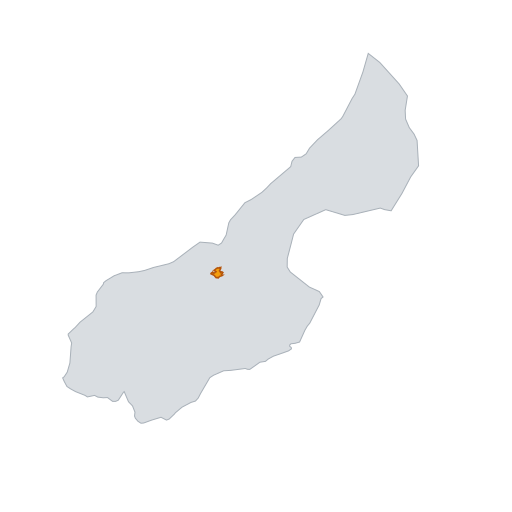 location of Aizkraukles pag., Aizkraukles, Latvia, rotated 134°
{"feature_id": "27541924B10517585408275", "entity_name": "Aizkraukles pag.", "entity_type": "district", "adm_level": 2, "iso_a3": "LVA", "parent_name": "Latvia", "parent_adm1": "Aizkraukles", "projection": "equal_earth", "projection_center": [25.231, 56.65], "detail": "fine", "context": "in_parent", "style": "filled", "palette": "amber", "viewbox_px": 512, "rotation_deg": 134, "n_neighbors": 0, "source": "geoboundaries", "source_scale": "gbopen_adm2", "svg_char_len": 3745}
<svg xmlns="http://www.w3.org/2000/svg" viewBox="0 0 512 512"><g transform="rotate(134 256 256)"><path d="M380.9,347.1L377.7,346.7L368.7,344.3L361.1,340.7L356.6,335.9L348.7,329.4L343.6,326.0L335.5,321.8L322.1,313.3L317.3,311.3L293.5,307.6L284.9,305.9L277.0,296.3L274.5,290.7L270.6,289.8L266.4,290.9L261.7,292.0L251.0,298.6L247.6,299.5L240.9,299.6L225.4,301.0L218.4,298.6L206.2,296.0L199.6,295.6L193.7,295.7L167.6,293.1L162.8,295.9L158.0,296.4L153.4,292.1L147.6,290.9L141.2,292.4L129.5,292.5L115.7,291.2L98.1,290.1L95.5,290.5L75.8,296.3L71.0,297.2L49.4,306.9L32.3,316.0L30.8,301.4L32.8,272.5L35.7,258.2L47.6,249.9L53.6,243.5L57.2,234.9L58.5,227.0L61.0,220.4L78.2,201.7L91.5,199.7L109.5,194.5L129.6,190.2L133.3,195.7L135.2,199.9L159.0,215.2L165.1,220.3L174.2,238.0L196.5,247.0L214.1,244.2L221.8,239.8L236.0,231.8L242.3,225.9L243.7,220.2L241.3,196.1L237.6,185.7L238.9,179.3L241.4,179.6L247.4,176.5L266.9,170.7L270.8,170.4L275.3,169.3L287.6,164.9L291.6,167.2L294.9,169.9L296.7,169.9L297.6,168.9L297.3,167.2L298.2,166.0L301.7,166.7L316.0,173.9L321.5,175.6L325.2,176.0L329.7,179.4L341.9,181.7L343.4,183.4L344.4,185.6L355.9,194.8L361.0,199.5L371.2,203.7L375.6,204.7L393.3,200.4L398.3,198.9L402.4,198.8L406.6,201.1L416.1,204.2L424.8,205.1L426.3,204.9L433.6,205.2L436.2,206.4L438.0,212.3L446.4,217.0L454.2,220.8L456.2,222.6L456.9,226.1L456.5,230.1L455.5,232.2L452.4,234.6L449.6,240.7L449.4,246.5L445.1,256.6L446.1,256.7L455.4,254.9L458.1,256.0L460.2,258.2L461.0,264.5L464.1,267.4L467.4,271.8L468.4,275.3L474.5,279.4L475.0,282.1L478.9,291.6L480.4,297.1L481.2,301.3L479.5,306.7L478.0,310.4L476.1,310.1L470.7,311.1L462.3,315.5L449.8,325.9L446.6,328.2L443.4,336.1L442.6,336.9L435.2,336.6L433.2,336.4L425.8,336.6L409.6,334.5L403.4,335.9L395.2,343.9L392.1,345.1L382.5,346.2L380.9,347.1Z" fill="#d9dde1" stroke="#a8b0b8" stroke-width="1"/><path d="M298.2,268.0L297.6,268.0L296.9,268.0L296.1,267.9L295.7,267.9L295.2,267.6L294.9,267.4L294.1,267.0L294.0,266.9L293.9,266.9L293.7,266.8L293.1,266.7L293.2,266.8L293.4,267.2L293.5,267.2L293.4,267.5L293.3,267.8L293.3,268.0L293.2,268.2L292.5,268.1L291.9,268.1L291.6,268.2L291.2,268.3L290.9,268.3L290.9,268.6L291.0,268.8L291.0,269.1L291.0,269.3L291.1,269.6L291.4,269.8L291.5,269.8L291.9,269.9L292.5,269.9L292.5,270.1L292.4,270.4L292.1,270.6L291.9,270.9L291.9,271.0L292.0,271.2L292.0,271.3L292.0,271.5L292.1,271.8L292.1,272.0L291.7,272.1L291.3,272.2L291.2,272.2L291.0,272.3L290.9,272.3L290.6,272.4L290.4,272.5L290.2,272.6L289.8,272.6L289.7,272.6L289.4,272.8L289.2,273.0L289.0,273.3L288.8,273.4L289.2,273.6L288.9,273.7L288.7,273.8L288.8,273.8L289.2,274.0L289.7,274.1L289.9,274.2L290.1,274.3L290.3,274.5L290.8,274.8L291.2,275.1L291.2,275.3L291.3,275.3L291.5,275.4L291.6,275.5L291.9,275.6L292.0,275.7L292.2,275.8L292.3,275.8L292.5,275.9L292.8,275.9L293.0,275.9L293.3,275.9L293.5,275.9L294.3,276.0L294.8,276.1L294.7,276.0L294.7,275.9L294.8,275.8L295.1,275.7L295.3,275.6L295.2,275.4L295.2,274.9L295.1,274.5L295.1,274.2L295.0,273.8L295.3,273.8L295.7,274.0L295.8,274.0L296.2,274.1L296.3,274.1L296.5,274.0L296.8,274.1L297.1,274.1L297.3,274.2L297.4,274.3L297.5,274.1L297.6,273.9L297.7,273.7L297.6,273.9L297.5,274.1L297.5,274.3L297.5,274.5L297.5,274.8L297.4,274.8L297.5,274.8L297.7,275.0L297.7,274.9L297.7,275.0L297.7,275.3L297.8,275.3L297.8,275.5L297.9,275.4L297.9,275.5L298.0,275.6L297.8,275.9L298.8,276.2L299.0,276.2L299.2,276.3L299.3,276.3L299.5,276.3L299.6,276.2L299.8,276.2L300.1,276.1L300.0,275.7L299.9,275.6L299.9,275.4L299.8,275.2L299.7,274.8L299.6,274.4L299.5,274.2L299.4,273.9L299.3,273.7L299.1,272.9L299.0,272.7L299.0,272.4L299.0,272.1L299.1,271.9L299.1,271.6L299.2,271.2L299.3,269.5L298.4,269.1L298.3,268.8L298.3,268.5L298.2,268.3L298.2,268.2L298.2,268.0Z" fill="#f59e0b" stroke="#b45309" stroke-width="1.5"/></g></svg>